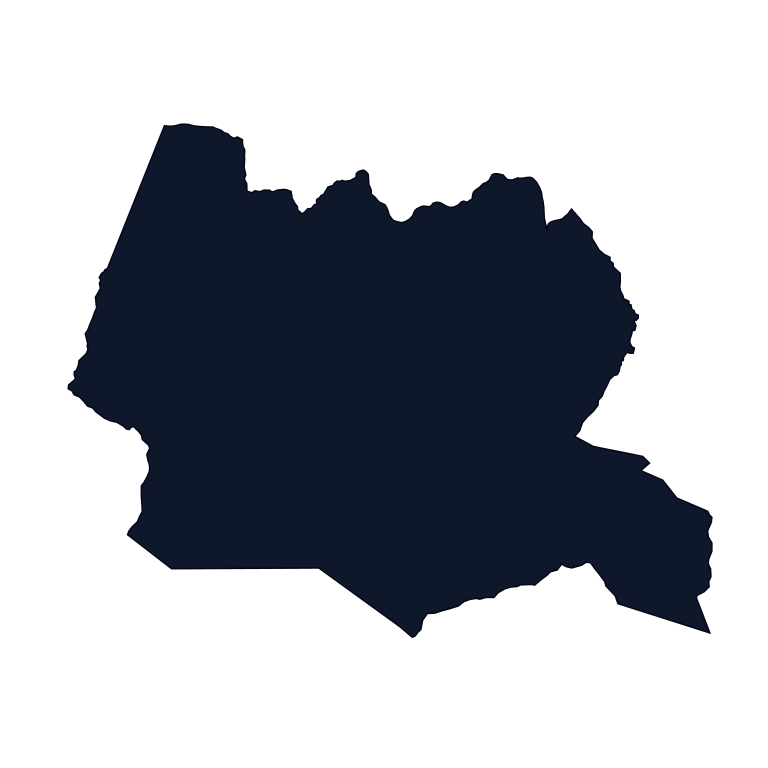 Gumine District, Chimbu, Papua New Guinea (orthographic projection), rotated 85°
{"feature_id": "67681753B36578207739625", "entity_name": "Gumine District", "entity_type": "district", "adm_level": 2, "iso_a3": "PNG", "parent_name": "Papua New Guinea", "parent_adm1": "Chimbu", "projection": "orthographic", "projection_center": [144.798, -6.194], "detail": "fine", "context": "isolated", "style": "filled", "palette": "ink", "viewbox_px": 768, "rotation_deg": 85, "n_neighbors": 0, "source": "geoboundaries", "source_scale": "gbopen_adm2", "svg_char_len": 4460}
<svg xmlns="http://www.w3.org/2000/svg" viewBox="0 0 768 768"><g transform="rotate(85 384 384)"><path d="M107.6,580.2L244.7,649.4L246.0,652.1L248.0,653.4L249.1,655.6L253.0,658.4L255.9,657.1L259.0,658.8L264.0,658.2L266.2,659.6L272.4,663.9L283.2,663.7L287.4,666.1L293.0,668.6L298.4,671.5L304.2,674.3L308.0,677.2L317.6,675.7L320.8,676.4L323.6,675.8L327.9,678.0L334.2,685.9L338.4,686.7L343.3,689.1L344.9,691.5L347.7,691.8L352.1,690.9L357.4,698.2L361.3,699.0L363.5,695.5L367.6,693.7L370.6,688.2L374.6,685.0L380.2,681.2L382.5,676.2L386.5,673.5L393.8,665.3L396.9,659.6L398.8,653.4L401.9,649.2L403.3,647.2L406.4,644.5L407.2,641.7L405.2,640.0L404.5,637.3L409.0,633.3L413.8,630.0L418.2,629.6L420.6,627.4L424.4,623.8L427.7,623.0L433.5,626.4L439.4,625.8L443.3,624.8L447.1,624.8L450.5,625.3L455.5,627.9L461.0,631.5L464.3,634.6L474.4,635.5L482.0,635.6L489.8,635.9L494.9,639.1L499.8,641.7L504.3,647.3L507.8,650.6L511.8,652.6L549.5,611.7L561.6,465.0L627.2,389.3L638.7,378.0L637.8,375.0L634.2,371.8L631.8,368.7L622.9,366.2L616.4,360.9L616.7,353.3L615.4,348.2L613.2,336.5L611.6,329.3L607.8,323.5L606.0,316.9L605.6,310.6L606.7,307.3L605.5,301.1L606.2,293.1L601.8,288.4L598.5,281.3L597.3,275.4L597.4,269.4L596.0,265.4L596.6,253.8L597.5,251.5L592.5,244.4L588.7,238.3L585.6,234.7L584.3,227.6L578.9,222.7L581.8,218.5L583.6,212.9L581.7,202.9L579.2,198.3L580.0,193.9L586.8,189.8L591.5,186.6L599.9,181.4L604.6,180.5L609.3,176.7L615.4,172.0L623.2,170.1L660.4,81.1L624.5,91.4L621.9,90.6L618.8,83.1L614.2,77.7L609.1,77.8L604.5,75.1L596.7,74.8L591.6,76.6L587.3,76.0L579.2,72.0L571.0,71.2L564.5,74.3L558.4,74.4L550.3,70.0L545.4,69.0L543.1,71.0L539.0,72.7L523.1,102.3L504.1,114.7L492.7,135.7L485.9,126.4L478.7,132.6L464.5,180.9L452.8,198.6L447.6,193.2L439.8,189.7L434.5,184.4L429.3,177.7L423.8,172.7L419.0,171.9L415.2,167.8L409.6,165.1L405.6,162.4L399.0,158.7L395.5,154.1L395.0,150.8L391.3,148.4L387.1,147.5L385.5,145.9L381.7,145.7L381.4,143.5L378.2,143.1L373.5,139.1L374.7,136.6L375.0,133.1L370.1,131.4L368.1,134.1L364.0,135.5L361.0,135.1L355.7,132.8L352.4,132.0L352.4,129.5L347.8,127.9L342.2,129.6L342.6,127.4L340.6,125.0L337.5,124.7L336.2,127.6L332.3,128.7L331.5,130.5L326.6,131.1L326.2,133.0L322.9,132.8L319.9,137.8L316.7,138.3L312.2,140.1L308.4,140.7L301.6,139.6L294.3,139.1L287.4,145.3L283.7,145.3L281.0,148.2L277.5,147.8L274.0,153.5L269.2,158.1L256.8,164.1L250.5,163.3L245.9,166.6L241.6,171.4L236.1,174.6L231.3,178.2L226.1,181.9L230.7,186.1L233.0,189.3L235.0,191.9L235.7,195.3L236.1,199.0L237.1,203.6L238.3,205.7L240.2,207.0L245.9,207.9L237.9,209.2L232.9,209.8L228.6,209.7L221.0,209.4L215.5,209.7L212.0,210.2L206.5,210.5L202.2,211.8L196.6,214.3L192.4,217.5L190.8,220.1L190.7,224.5L191.1,227.9L190.8,231.4L190.3,232.6L191.8,237.9L191.8,240.3L190.9,243.6L186.2,247.1L184.5,252.3L184.2,255.5L184.9,258.1L189.8,261.1L191.9,263.8L193.1,267.8L196.1,271.3L198.9,276.0L200.7,278.1L203.2,279.2L207.2,280.0L208.2,281.3L208.5,282.9L209.7,283.9L210.1,285.7L208.8,288.6L209.4,291.1L212.3,294.6L213.8,299.0L213.9,302.8L212.2,306.4L208.8,311.3L207.7,314.2L207.6,317.0L208.4,319.7L210.3,321.2L211.3,323.1L210.9,326.2L210.2,328.9L210.7,332.1L212.3,335.9L213.5,337.7L215.7,339.2L218.8,340.8L221.9,344.0L224.2,348.8L224.8,352.5L223.8,355.9L222.0,360.2L219.7,362.1L216.0,364.1L212.0,364.9L209.0,365.8L205.5,367.4L202.2,373.1L199.5,375.1L197.7,376.2L193.5,380.3L190.1,379.8L187.1,380.6L183.9,381.7L177.6,381.5L173.8,381.4L171.0,383.3L169.1,385.8L169.7,389.6L170.7,391.9L172.2,393.3L175.0,393.8L176.2,394.6L176.9,396.8L178.5,400.0L178.6,403.4L178.4,406.1L177.5,408.1L178.4,410.4L177.7,413.0L179.5,415.8L181.8,417.6L182.9,422.7L186.1,424.9L187.6,426.1L189.7,427.3L191.0,430.6L192.8,431.9L194.1,434.7L195.5,435.4L197.9,434.9L198.7,435.7L199.5,438.0L202.6,440.9L202.9,442.5L202.7,444.6L206.1,448.4L207.4,451.0L205.1,452.9L203.1,455.0L200.8,454.7L199.0,455.2L197.2,456.6L191.0,459.3L184.0,459.8L183.3,461.4L181.8,464.7L181.4,467.5L181.5,470.3L181.5,473.3L182.5,476.2L183.0,477.6L182.6,479.2L181.0,481.2L180.4,486.6L181.6,490.9L180.3,495.8L181.2,497.4L181.9,499.4L180.6,501.9L180.1,503.7L172.3,503.3L168.9,504.9L166.8,505.0L163.7,503.5L155.6,504.4L148.3,503.3L144.7,503.1L140.7,502.6L138.4,502.4L135.2,503.7L132.3,504.0L128.3,503.7L125.1,508.6L126.1,510.9L125.9,512.5L124.2,515.3L121.2,517.8L119.6,521.5L117.0,524.2L114.7,529.3L113.1,532.0L112.4,539.1L111.5,544.8L110.4,550.6L108.4,556.3L107.7,560.4L107.6,563.9L108.5,569.0L108.7,574.1L107.6,580.2Z" fill="#0f172a" stroke="#020617" stroke-width="1.5"/></g></svg>